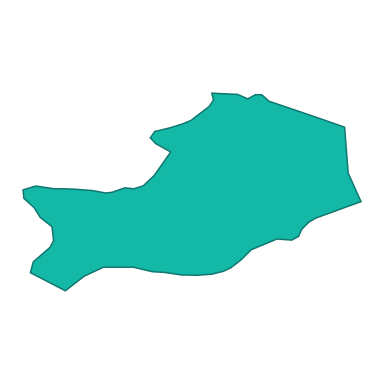 outline of João Dias, Rio Grande do Norte, Brazil, rotated 180°
{"feature_id": "56859067B63988167258513", "entity_name": "João Dias", "entity_type": "district", "adm_level": 2, "iso_a3": "BRA", "parent_name": "Brazil", "parent_adm1": "Rio Grande do Norte", "projection": "albers", "projection_center": [-37.823, -6.289], "detail": "fine", "context": "isolated", "style": "filled", "palette": "teal", "viewbox_px": 384, "rotation_deg": 180, "n_neighbors": 0, "source": "geoboundaries", "source_scale": "gbopen_adm2", "svg_char_len": 881}
<svg xmlns="http://www.w3.org/2000/svg" viewBox="0 0 384 384"><g transform="rotate(180 192 192)"><path d="M172.1,290.8L170.5,283.8L175.0,277.4L193.0,263.6L201.7,260.0L214.4,256.1L229.2,252.5L233.7,246.2L228.5,240.5L213.3,232.0L229.9,208.4L240.9,198.1L250.3,195.2L259.1,196.2L271.9,191.7L278.5,191.0L291.2,193.4L309.1,194.8L319.4,195.2L329.7,195.2L348.2,198.0L361.0,194.1L360.1,185.6L350.0,176.5L343.7,166.5L332.0,157.3L330.4,143.5L333.8,136.8L350.7,122.2L353.6,111.3L318.7,93.2L300.0,107.7L287.9,113.4L280.5,116.8L250.7,116.8L231.7,112.3L219.6,111.6L203.1,109.1L187.6,108.7L172.1,109.8L160.6,112.7L153.4,116.1L143.1,124.0L132.7,134.3L107.0,145.0L92.2,143.9L85.5,147.5L82.2,154.8L75.2,161.8L68.5,165.8L23.0,182.4L35.8,210.9L39.4,256.8L66.0,266.1L115.1,282.8L122.0,289.1L128.5,289.4L136.1,285.1L146.4,289.6L172.1,290.8Z" fill="#14b8a6" stroke="#0f766e" stroke-width="1.5"/></g></svg>